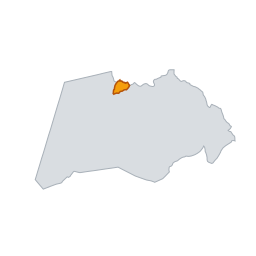 Kobé, Wadi Fira, Chad (highlighted), rotated 257°
{"feature_id": "50815135B20529104749764", "entity_name": "Kobé", "entity_type": "district", "adm_level": 2, "iso_a3": "TCD", "parent_name": "Chad", "parent_adm1": "Wadi Fira", "projection": "robinson", "projection_center": [22.719, 15.288], "detail": "fine", "context": "in_parent", "style": "filled", "palette": "amber", "viewbox_px": 256, "rotation_deg": 257, "n_neighbors": 0, "source": "geoboundaries", "source_scale": "gbopen_adm2", "svg_char_len": 4836}
<svg xmlns="http://www.w3.org/2000/svg" viewBox="0 0 256 256"><g transform="rotate(257 128 128)"><path d="M186.8,76.4L186.8,82.1L186.8,87.8L186.8,93.5L186.8,99.2L186.8,104.9L186.8,110.6L186.9,116.3L186.9,122.0L186.9,123.9L186.7,124.7L186.7,124.8L183.8,124.4L182.6,124.3L181.0,124.8L178.6,125.0L177.1,124.9L176.0,125.9L175.2,127.1L175.6,129.9L175.5,130.8L175.2,131.8L174.4,132.6L173.7,133.3L173.3,133.9L172.7,135.2L172.3,135.8L172.4,136.6L172.2,137.4L171.8,137.9L170.7,138.2L170.0,138.6L169.4,139.2L169.0,139.6L169.2,140.2L169.5,141.0L169.6,142.3L169.8,143.0L170.3,143.6L170.6,144.1L170.8,144.6L170.4,145.0L169.1,145.9L168.5,146.3L167.9,146.8L167.7,146.9L166.7,147.8L166.2,148.6L165.9,149.2L165.9,150.1L166.4,151.4L167.0,152.6L167.2,153.4L167.3,154.3L167.3,155.2L167.0,156.0L166.5,156.7L164.6,158.0L163.7,159.4L162.9,161.2L162.8,162.1L163.0,162.7L163.4,163.3L163.9,163.5L164.7,163.6L166.1,163.3L167.3,163.1L168.7,163.8L169.4,165.2L169.1,166.3L169.6,168.2L170.0,170.6L170.0,171.3L170.2,171.6L171.0,171.8L171.2,172.3L170.9,176.4L171.3,177.6L171.9,178.4L172.5,178.8L173.2,179.4L173.5,179.7L174.2,179.8L175.1,180.6L175.3,181.6L175.2,182.5L174.7,184.6L174.4,186.0L173.9,185.9L172.9,185.6L171.7,185.3L170.2,185.0L168.9,185.6L167.3,186.3L166.9,186.9L166.5,187.2L165.8,187.2L165.2,187.2L164.9,187.8L164.3,188.3L162.1,189.5L161.7,190.0L161.4,190.4L161.4,190.9L161.6,191.9L161.6,193.1L161.1,194.1L160.6,194.7L159.9,195.0L159.4,195.1L159.0,195.5L157.9,197.7L157.4,198.2L156.4,198.1L153.6,201.4L153.3,202.4L152.2,203.8L150.9,205.3L149.7,206.1L149.6,206.4L149.3,206.7L148.6,207.0L146.1,208.9L143.0,208.8L141.7,209.6L140.4,209.9L138.5,210.3L137.9,210.2L135.5,210.4L132.6,210.3L131.5,210.6L130.5,211.3L129.7,211.9L129.6,212.2L129.7,212.4L129.7,212.6L131.7,214.2L132.2,214.9L131.7,215.7L131.4,215.8L131.1,216.4L129.9,218.1L128.1,220.2L127.2,220.8L126.8,221.2L126.3,222.5L126.0,222.7L124.8,222.9L122.4,223.0L119.0,223.5L117.0,223.6L115.7,223.5L114.0,224.5L113.3,224.7L113.0,224.8L111.2,225.7L109.8,227.1L109.2,227.4L107.2,228.0L106.4,229.0L106.0,229.0L104.7,227.8L103.8,226.6L103.4,225.4L103.3,225.0L103.1,225.1L102.4,225.6L101.7,226.2L101.4,227.3L99.3,228.1L97.5,228.8L96.7,229.6L95.4,230.0L93.8,229.8L92.6,229.5L91.3,229.4L91.9,228.4L92.1,227.6L92.2,226.7L92.1,226.0L91.4,225.7L90.9,225.2L89.9,222.2L88.8,219.2L87.3,216.2L85.6,214.3L84.4,213.1L84.0,213.0L83.4,212.6L83.0,212.2L80.8,210.2L78.5,207.9L77.9,206.9L76.8,205.3L75.5,203.7L74.9,203.0L74.6,201.7L75.4,200.5L76.4,199.0L77.6,198.0L79.1,197.9L81.5,198.4L84.2,198.5L86.9,198.2L87.5,198.0L88.2,198.0L89.7,198.3L92.1,198.3L93.4,197.7L92.0,196.6L90.6,195.0L89.2,193.2L88.4,191.6L87.6,189.5L86.9,186.9L86.5,183.5L86.6,181.6L86.8,180.3L87.6,178.1L87.1,176.8L87.2,175.7L87.1,174.2L86.9,173.4L86.0,170.8L85.8,170.5L84.9,168.8L84.6,165.8L83.6,163.8L82.1,162.9L81.2,161.7L80.9,159.7L80.3,159.2L77.9,158.4L75.9,158.4L74.4,156.1L72.5,153.2L70.8,150.4L69.7,144.9L69.1,141.8L69.9,140.8L71.3,138.6L73.2,134.3L77.4,127.7L79.6,124.3L83.9,119.2L89.1,113.0L92.1,109.5L92.6,103.1L93.2,96.4L93.6,91.2L94.1,85.2L94.6,80.1L94.9,76.5L95.3,71.2L95.7,70.2L97.8,66.1L97.9,65.6L97.6,64.9L94.7,61.4L93.8,60.6L93.3,58.8L94.1,57.8L90.7,52.0L89.8,51.3L89.5,50.5L89.4,49.5L89.4,45.4L88.6,39.1L87.5,31.7L91.5,29.6L94.6,28.0L98.6,26.0L102.2,28.1L107.5,31.1L112.7,34.1L118.0,37.1L123.2,40.2L128.5,43.2L133.8,46.2L139.1,49.2L144.3,52.3L149.6,55.3L154.9,58.3L160.2,61.3L165.5,64.3L170.8,67.4L176.1,70.4L181.4,73.4L186.8,76.4Z" fill="#d9dde1" stroke="#a8b0b8" stroke-width="1"/><path d="M169.3,139.0L169.6,138.9L169.9,138.7L170.0,138.7L170.3,138.5L170.5,138.5L171.2,138.4L172.7,137.8L172.7,137.5L172.7,137.4L172.4,136.5L172.2,136.1L172.1,135.9L172.2,135.7L172.3,135.6L172.3,135.4L172.5,135.3L172.6,135.2L172.8,135.1L173.0,135.2L173.2,134.9L173.1,134.7L173.1,134.4L173.2,134.2L173.3,134.1L173.5,134.0L173.6,133.8L173.8,133.6L173.8,133.4L174.0,133.4L174.3,133.1L174.4,132.9L174.6,132.7L174.9,132.7L175.0,132.7L175.2,132.4L175.2,132.2L175.1,131.9L175.2,131.7L175.3,131.6L175.5,131.6L175.6,131.4L175.7,131.2L175.8,131.0L175.9,130.9L176.0,130.9L175.9,130.8L175.8,130.7L175.7,130.6L175.8,130.5L175.8,130.4L175.8,130.1L175.9,129.9L176.0,129.9L175.9,129.8L175.9,129.7L175.8,129.3L175.8,129.2L175.8,128.9L175.8,128.7L175.7,128.5L175.6,128.4L175.4,128.2L175.2,128.0L175.1,127.9L175.0,127.6L174.6,127.1L174.0,126.4L173.7,126.1L173.4,125.9L173.1,125.6L172.5,125.0L171.7,124.6L170.4,124.0L169.8,123.7L168.8,123.5L168.4,122.7L167.5,122.2L166.8,122.0L166.5,121.9L165.6,121.6L164.9,121.3L164.6,121.5L164.1,121.8L164.4,122.5L164.5,124.2L164.6,124.9L164.3,125.6L164.0,126.3L164.0,126.6L164.1,127.1L164.8,127.9L165.3,128.8L165.3,129.6L165.2,130.6L165.5,131.5L166.0,132.8L166.0,133.9L165.6,135.1L165.8,135.4L166.1,135.9L167.1,137.3L167.4,137.7L168.1,138.3L168.6,138.7L169.2,139.1L169.3,139.0Z" fill="#f59e0b" stroke="#b45309" stroke-width="1.5"/></g></svg>